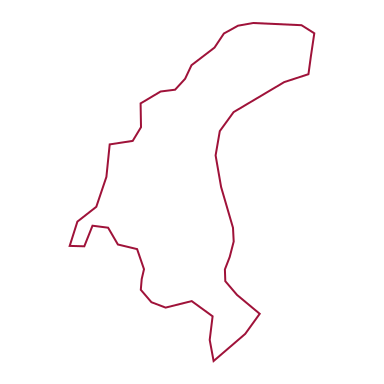 the border of Basarabeasca
{"feature_id": "MDA-1630", "entity_name": "Basarabeasca", "entity_type": "District", "adm_level": 1, "iso_a3": "MDA", "parent_name": "Moldova", "parent_adm1": "", "projection": "natural_earth1", "projection_center": [28.89, 46.362], "detail": "fine", "context": "isolated", "style": "outline", "palette": "rose", "viewbox_px": 384, "rotation_deg": 0, "n_neighbors": 0, "source": "natural_earth", "source_scale": "10m", "svg_char_len": 695}
<svg xmlns="http://www.w3.org/2000/svg" viewBox="0 0 384 384"><path d="M308.4,74.2L284.2,82.1L233.6,112.1L219.8,131.1L215.6,155.4L221.1,187.0L233.0,227.8L233.7,241.5L229.7,257.0L224.9,269.4L225.3,281.2L237.0,294.9L259.7,313.8L245.2,333.9L213.6,361.0L209.7,339.9L212.6,316.3L191.7,301.1L165.6,307.6L151.4,302.2L140.8,289.8L141.7,279.1L144.0,269.2L137.1,249.1L117.9,244.5L108.1,227.7L92.5,225.7L84.3,246.3L69.7,245.9L77.4,221.6L96.3,206.8L106.4,176.9L109.7,144.4L132.7,140.9L141.0,127.2L140.6,103.4L160.6,91.5L175.1,89.7L185.1,78.8L191.5,65.2L214.5,47.6L223.9,33.5L238.0,25.7L253.2,23.0L301.5,25.2L314.3,33.3L310.9,56.2L308.5,73.8L308.4,74.2Z" fill="none" stroke="#9f1239" stroke-width="2"/></svg>